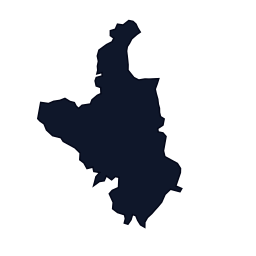 Nova Candelária, Rio Grande do Sul, Brazil (Natural Earth projection), rotated 234°
{"feature_id": "56859067B5829656226463", "entity_name": "Nova Candelária", "entity_type": "district", "adm_level": 2, "iso_a3": "BRA", "parent_name": "Brazil", "parent_adm1": "Rio Grande do Sul", "projection": "natural_earth1", "projection_center": [-54.119, -27.603], "detail": "fine", "context": "isolated", "style": "filled", "palette": "ink", "viewbox_px": 256, "rotation_deg": 234, "n_neighbors": 0, "source": "geoboundaries", "source_scale": "gbopen_adm2", "svg_char_len": 1580}
<svg xmlns="http://www.w3.org/2000/svg" viewBox="0 0 256 256"><g transform="rotate(234 128 128)"><path d="M214.5,191.8L214.2,184.6L218.2,180.5L215.4,175.8L217.1,170.9L213.1,168.0L209.0,169.4L207.1,165.7L208.1,159.7L208.1,150.3L204.3,145.5L199.4,143.3L196.0,139.6L192.5,137.5L190.1,134.6L188.2,139.5L185.3,137.8L187.5,132.0L185.5,129.1L180.7,127.0L176.8,129.7L171.7,126.4L172.5,122.5L172.0,115.5L169.5,111.7L173.4,104.2L172.9,99.5L176.2,98.9L180.1,99.5L183.6,96.6L189.0,94.4L190.4,89.1L193.3,83.5L194.5,78.1L200.0,72.4L188.6,60.5L185.3,60.9L180.7,62.5L174.3,60.9L166.1,62.5L159.6,68.0L155.2,67.7L143.2,73.4L135.9,74.6L130.6,70.3L125.7,71.8L119.3,71.0L117.0,76.6L112.9,74.8L108.6,79.0L107.4,73.4L103.8,69.1L101.5,66.2L101.5,73.4L99.3,77.7L102.0,82.3L98.9,83.3L95.7,84.3L96.2,89.2L93.4,91.7L85.4,85.3L86.8,78.6L85.8,74.2L76.5,72.3L71.7,68.1L65.7,69.9L59.9,74.2L56.2,72.6L53.3,69.1L50.2,71.4L52.0,76.5L55.3,80.8L52.5,82.8L47.7,81.6L42.3,81.2L37.8,83.2L41.9,86.3L44.1,91.1L44.8,97.0L45.9,101.7L46.7,105.6L48.2,111.6L52.5,119.0L53.5,126.4L45.9,132.6L47.4,135.9L53.0,132.6L61.1,144.1L64.4,146.7L70.3,147.1L83.2,141.0L88.7,143.3L98.8,153.8L103.5,153.4L107.1,150.1L110.1,151.7L109.8,158.0L114.1,162.6L118.1,161.0L122.0,162.6L125.6,165.1L129.4,166.5L133.8,169.0L139.2,171.0L143.5,172.9L146.7,177.7L149.8,181.9L155.2,173.7L157.7,170.5L160.5,164.9L165.4,162.4L174.8,162.0L179.2,165.3L183.1,167.6L186.8,169.7L191.1,172.1L194.3,175.3L195.7,179.0L197.9,183.4L198.5,190.2L198.4,194.3L203.5,194.7L207.4,195.5L211.3,194.7L214.5,191.8Z" fill="#0f172a" stroke="#020617" stroke-width="1.5"/></g></svg>